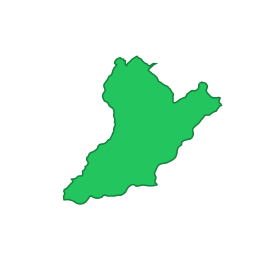 the district of Setubinha, Minas Gerais, Brazil, rotated 236°
{"feature_id": "56859067B2434426876365", "entity_name": "Setubinha", "entity_type": "district", "adm_level": 2, "iso_a3": "BRA", "parent_name": "Brazil", "parent_adm1": "Minas Gerais", "projection": "equal_earth", "projection_center": [-42.151, -17.609], "detail": "fine", "context": "isolated", "style": "filled", "palette": "green", "viewbox_px": 256, "rotation_deg": 236, "n_neighbors": 0, "source": "geoboundaries", "source_scale": "gbopen_adm2", "svg_char_len": 3755}
<svg xmlns="http://www.w3.org/2000/svg" viewBox="0 0 256 256"><g transform="rotate(236 128 128)"><path d="M94.5,218.1L96.1,218.4L97.6,217.9L99.1,218.2L100.4,219.7L101.4,221.2L102.5,220.5L103.3,218.7L104.2,217.3L105.1,215.9L106.3,214.8L107.9,214.1L109.5,213.9L111.0,213.6L112.3,213.4L114.0,213.4L115.4,213.9L116.3,214.9L117.2,216.3L118.5,217.4L120.4,217.5L121.8,217.3L123.2,216.1L124.8,214.7L125.0,213.0L124.6,211.5L123.4,210.2L122.0,209.2L121.2,207.8L121.0,205.8L121.7,203.8L122.7,202.8L123.4,201.3L123.2,199.1L123.1,196.1L122.1,194.3L121.4,192.5L121.9,190.9L122.3,189.1L122.6,186.8L122.4,184.8L122.4,182.5L122.8,180.7L123.8,179.7L125.2,180.3L126.2,181.0L127.3,181.9L128.5,182.3L129.4,183.5L130.3,184.4L131.6,184.6L132.9,184.4L134.4,184.5L136.3,184.7L138.0,184.3L139.9,184.1L141.1,183.6L142.3,182.5L143.9,182.1L145.1,181.2L146.9,180.9L148.2,180.2L149.5,179.5L151.5,179.8L153.1,180.2L155.2,179.9L157.0,179.4L158.7,178.8L160.1,178.2L161.3,178.0L163.0,177.4L164.7,177.1L165.3,179.4L165.7,182.5L166.1,184.7L165.8,186.9L167.2,185.3L167.4,183.2L167.1,181.2L168.1,179.9L169.4,179.6L170.7,179.4L171.9,178.5L173.5,177.9L175.2,177.5L176.9,177.5L178.5,177.2L179.6,176.2L180.9,175.7L182.3,175.7L182.6,173.9L182.6,172.3L182.7,169.8L182.1,167.5L181.9,165.6L181.6,163.4L180.4,162.0L182.1,161.2L183.9,162.5L185.2,163.4L186.1,162.3L187.4,162.9L188.8,161.2L190.4,161.0L191.1,159.5L191.3,157.5L191.1,156.0L190.4,154.3L188.9,153.0L186.9,153.9L186.1,152.2L185.5,150.0L184.5,148.2L183.3,146.7L181.9,145.0L181.3,143.2L181.4,141.1L180.2,139.2L179.3,137.2L178.5,134.9L177.9,133.3L176.9,131.8L175.5,131.2L173.9,130.7L172.2,130.5L171.1,128.5L170.1,126.1L168.7,124.8L167.5,124.2L165.7,123.8L163.6,123.6L161.9,124.6L159.9,125.4L158.2,125.0L156.7,125.0L154.7,125.5L153.0,126.4L151.4,126.3L149.9,125.8L148.4,125.0L146.8,123.4L145.1,122.6L143.8,122.3L142.6,122.0L141.4,121.0L140.0,119.9L138.5,119.8L137.3,118.7L136.2,116.7L134.3,115.0L132.8,113.9L132.2,112.4L131.0,110.9L129.7,108.5L128.7,106.8L129.2,105.0L128.6,103.3L128.1,101.3L128.5,99.0L129.4,97.3L130.2,95.1L129.6,93.0L128.6,91.8L127.8,90.5L127.7,88.3L127.8,85.8L128.4,83.8L128.3,81.6L127.4,80.3L126.7,79.0L126.3,77.1L124.7,75.9L122.7,75.9L120.9,75.3L120.0,73.4L119.9,70.8L118.5,70.2L117.7,68.3L117.7,66.2L116.1,65.3L114.7,64.6L114.2,62.9L115.1,61.3L115.9,60.0L115.6,57.9L115.4,55.9L116.4,54.1L117.1,52.5L115.4,52.6L114.0,52.0L113.9,50.2L113.5,48.6L113.1,46.9L112.5,45.0L112.2,43.0L112.6,40.8L111.3,39.3L109.5,39.2L108.5,38.2L107.4,36.5L105.8,35.5L104.3,34.8L103.1,36.7L101.9,38.7L100.3,40.1L98.9,41.3L97.4,42.2L95.7,42.8L94.1,43.7L92.3,45.1L91.2,46.8L90.4,49.0L90.4,51.6L91.0,53.6L91.6,55.5L92.7,58.0L91.9,59.8L90.2,60.4L88.6,61.4L87.5,62.6L86.5,64.0L85.9,65.8L85.3,67.9L86.0,70.0L84.9,71.9L83.1,72.9L82.3,74.2L81.5,75.3L80.5,76.9L79.2,78.8L78.5,80.6L77.8,82.2L77.0,83.4L76.1,85.0L76.0,87.5L76.2,89.9L77.4,92.1L78.5,94.2L78.9,96.3L79.0,98.4L78.4,100.4L77.3,101.6L75.9,101.9L74.5,103.1L74.1,104.7L73.4,106.2L72.5,108.3L70.7,110.5L69.4,111.8L68.4,113.0L67.2,114.7L66.1,116.6L65.2,118.5L64.7,120.3L65.9,120.5L67.3,119.9L68.9,120.5L70.0,122.0L71.1,123.4L72.3,123.9L73.6,124.0L75.4,124.4L76.4,125.7L77.2,127.0L78.3,128.8L79.3,130.4L80.0,131.8L80.1,133.9L79.6,136.0L78.8,137.8L77.5,140.5L77.2,143.2L76.8,145.2L76.7,147.6L77.0,150.4L78.1,152.5L79.2,153.7L80.1,154.8L82.0,156.4L83.3,157.9L83.9,159.2L84.1,161.0L84.1,163.0L85.4,163.8L86.4,165.2L86.3,167.5L85.8,169.2L85.1,171.1L84.1,173.3L84.3,175.6L85.1,177.1L86.0,178.5L87.5,179.3L89.0,179.9L90.5,180.6L91.3,181.8L91.8,183.6L92.0,185.7L92.3,188.1L92.6,190.4L93.3,191.8L93.8,193.5L94.3,195.3L94.9,197.1L95.6,199.0L94.4,201.0L93.2,202.7L93.5,204.7L93.5,206.9L93.3,208.8L92.7,210.3L93.6,212.6L94.3,214.5L94.8,216.1L94.5,218.1Z" fill="#22c55e" stroke="#15803d" stroke-width="1.5"/></g></svg>